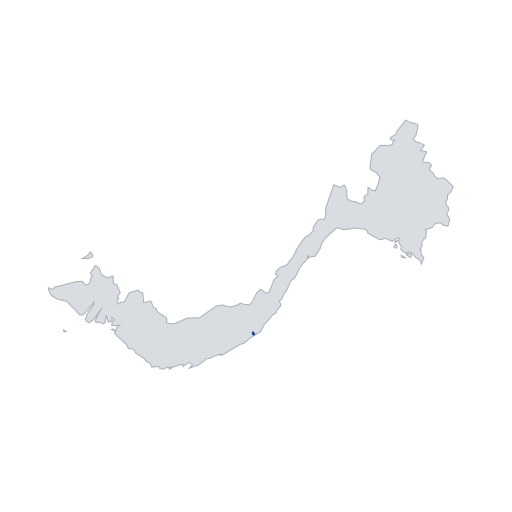 location of Quang Ngai, Quảng Ngãi, Vietnam, rotated 74°
{"feature_id": "81297802B1045120286230", "entity_name": "Quang Ngai", "entity_type": "district", "adm_level": 2, "iso_a3": "VNM", "parent_name": "Vietnam", "parent_adm1": "Quảng Ngãi", "projection": "robinson", "projection_center": [108.808, 15.12], "detail": "fine", "context": "in_parent", "style": "filled", "palette": "blue", "viewbox_px": 512, "rotation_deg": 74, "n_neighbors": 0, "source": "geoboundaries", "source_scale": "gbopen_adm2", "svg_char_len": 4234}
<svg xmlns="http://www.w3.org/2000/svg" viewBox="0 0 512 512"><g transform="rotate(74 256 256)"><path d="M309.3,99.2L305.2,99.6L301.0,103.2L295.5,105.6L294.1,112.1L289.4,115.1L287.3,113.6L282.6,115.0L277.7,113.6L279.4,121.1L274.4,127.0L274.9,130.8L273.5,133.7L264.9,142.1L262.3,142.2L260.4,143.6L256.2,153.6L255.6,161.8L253.7,166.5L251.8,168.5L251.4,171.1L257.9,184.2L262.2,189.5L266.5,192.2L272.9,200.0L271.9,202.0L272.3,206.4L269.3,205.1L269.7,205.6L273.3,208.0L278.6,216.3L288.1,225.1L289.6,229.6L298.6,236.8L298.4,237.8L304.9,243.6L305.6,245.9L310.5,245.6L314.9,252.4L316.3,252.4L316.8,255.3L324.0,266.7L330.0,272.6L332.9,283.2L336.5,291.3L336.6,295.9L341.9,315.6L341.6,318.2L340.6,315.6L340.7,323.1L341.6,327.1L341.2,331.9L345.0,341.1L345.5,351.1L342.8,346.8L339.9,349.8L342.0,357.0L339.6,356.3L339.8,366.0L340.9,369.4L340.6,370.7L339.4,368.1L338.4,372.7L339.4,375.9L337.7,379.4L335.4,379.6L334.1,386.9L330.0,387.4L327.0,390.7L323.3,392.0L316.4,398.2L312.0,399.3L309.6,404.3L305.8,404.8L291.3,413.4L289.6,411.3L286.9,410.6L284.9,406.0L283.4,413.3L282.3,413.8L280.1,412.4L278.0,409.5L275.0,411.5L278.3,412.1L279.2,414.0L278.7,416.3L271.4,416.2L278.0,419.2L279.4,421.3L276.3,424.9L276.2,427.4L274.7,428.6L271.0,426.3L263.3,418.4L272.5,429.7L274.1,434.8L271.9,437.1L269.3,437.2L264.9,433.8L258.0,425.7L255.7,424.6L263.8,436.1L265.0,438.7L264.0,441.7L247.4,450.3L243.0,458.5L237.8,463.4L232.2,464.7L229.2,464.3L232.4,460.1L230.4,458.5L231.1,435.8L232.6,429.8L237.3,427.4L237.4,426.2L235.7,422.7L231.9,421.4L230.1,418.9L226.7,419.8L220.8,413.0L224.2,410.1L231.4,409.5L236.2,404.8L235.7,399.6L236.2,398.9L242.9,400.7L245.2,397.7L253.9,396.6L256.3,400.2L258.4,399.6L262.4,402.1L264.0,402.2L263.2,398.6L263.9,395.3L256.4,388.0L256.3,378.4L258.2,377.9L260.2,374.9L269.9,376.9L270.3,369.5L277.4,368.7L279.0,366.6L283.1,365.9L290.1,359.5L293.0,359.1L294.6,360.7L297.4,357.8L298.6,352.8L296.7,339.0L299.9,327.4L293.1,308.0L294.0,301.1L296.0,298.8L298.2,293.2L297.9,286.9L296.9,283.8L298.7,281.7L301.1,276.0L299.0,272.2L291.9,265.8L289.1,260.6L294.7,256.4L294.8,253.8L283.4,245.0L281.4,240.4L278.7,242.2L276.6,241.1L273.9,236.6L272.8,228.0L271.0,226.6L267.1,220.6L260.7,215.0L253.0,205.9L251.4,203.1L250.4,198.9L247.3,194.1L244.2,193.1L238.8,187.0L238.2,184.4L239.7,180.0L235.9,177.8L229.1,175.7L208.9,161.5L213.2,156.5L212.0,151.9L212.5,151.1L218.1,150.8L226.1,152.7L229.9,148.8L231.7,144.6L234.5,141.4L234.5,139.5L232.6,136.2L228.9,136.1L227.0,131.3L220.8,129.4L224.9,126.2L226.2,123.6L220.5,118.7L214.4,115.2L209.0,117.5L204.9,121.6L202.9,122.2L190.0,116.7L183.9,106.1L186.4,97.5L186.4,94.3L183.9,92.8L183.2,90.8L181.3,94.4L179.4,94.5L177.5,88.0L175.2,86.5L166.5,74.6L169.2,72.2L173.4,65.3L175.0,64.1L183.7,68.7L187.4,72.7L191.2,70.0L191.3,68.6L195.9,63.6L199.9,68.7L203.1,63.2L210.9,70.1L212.1,68.8L213.7,64.1L215.8,62.7L217.5,62.4L219.6,65.2L221.4,65.4L225.2,62.6L229.1,62.1L231.8,59.6L232.6,54.2L233.5,53.2L243.6,47.3L247.6,50.4L250.2,55.0L253.7,56.2L257.3,59.2L260.3,58.8L261.2,57.8L264.8,57.9L268.0,61.1L274.4,59.7L280.2,63.3L278.3,67.3L275.3,69.1L274.6,71.2L274.6,75.7L277.1,78.5L277.3,85.9L278.9,85.3L284.8,87.5L287.0,91.2L289.8,93.3L292.1,93.5L294.1,96.4L296.1,95.4L297.0,96.7L301.1,96.3L304.0,95.1L309.3,99.2ZM211.8,413.6L212.1,418.3L210.6,423.8L209.0,417.8L206.5,414.1L209.9,412.6L211.8,413.6ZM300.2,107.5L296.7,111.0L295.3,111.0L297.1,106.0L300.2,107.5ZM286.2,120.8L285.1,120.9L283.2,118.6L284.3,117.4L286.5,118.2L287.0,119.3L286.2,120.8ZM298.2,115.7L296.8,116.4L295.2,116.3L298.9,112.6L298.2,115.7ZM280.4,115.6L281.8,119.4L279.8,117.5L280.4,115.6ZM289.6,412.0L286.8,415.1L286.7,413.7L289.6,412.0ZM276.1,461.4L273.9,461.4L276.2,459.5L276.1,461.4Z" fill="#d9dde1" stroke="#a8b0b8" stroke-width="1"/><path d="M328.7,279.6L328.5,279.8L328.5,280.0L328.5,280.3L328.8,280.4L328.9,280.5L329.0,280.5L329.0,280.4L329.3,280.5L329.5,280.6L329.8,280.6L330.0,280.5L330.0,280.4L330.3,280.4L330.3,280.5L330.5,280.5L330.6,280.4L330.6,280.2L330.8,280.2L330.7,280.0L330.7,279.9L330.8,279.9L330.9,279.7L330.9,279.4L330.9,279.2L330.7,279.2L330.6,279.3L330.4,279.5L330.2,279.7L329.9,279.7L329.7,279.6L329.6,279.4L329.4,279.3L329.2,279.3L329.0,279.5L328.9,279.5L328.7,279.6L328.7,279.6Z" fill="#3b82f6" stroke="#1e3a8a" stroke-width="1.5"/></g></svg>